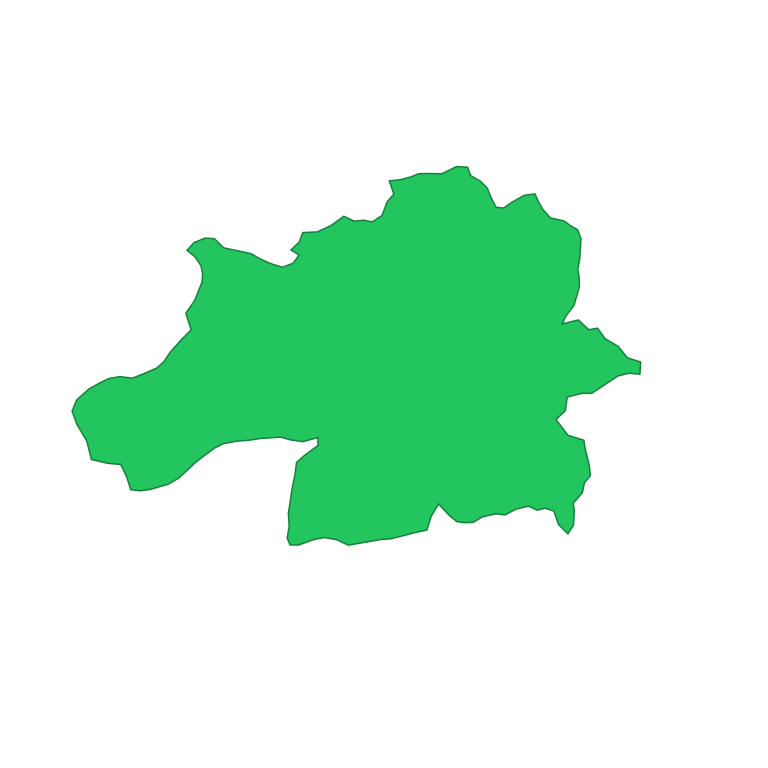 Cássia dos Coqueiros, São Paulo, Brazil, rotated 39°
{"feature_id": "56859067B80164547414352", "entity_name": "Cássia dos Coqueiros", "entity_type": "district", "adm_level": 2, "iso_a3": "BRA", "parent_name": "Brazil", "parent_adm1": "São Paulo", "projection": "natural_earth1", "projection_center": [-47.145, -21.267], "detail": "fine", "context": "isolated", "style": "filled", "palette": "green", "viewbox_px": 768, "rotation_deg": 39, "n_neighbors": 0, "source": "geoboundaries", "source_scale": "gbopen_adm2", "svg_char_len": 2114}
<svg xmlns="http://www.w3.org/2000/svg" viewBox="0 0 768 768"><g transform="rotate(39 384 384)"><path d="M437.3,142.3L429.3,143.6L421.0,144.1L408.9,150.2L397.1,148.3L388.3,144.7L381.7,141.2L374.2,149.2L369.1,162.0L366.3,171.9L359.9,176.1L350.2,171.9L341.0,166.8L331.6,165.7L320.1,167.5L312.6,162.9L303.6,169.3L296.5,184.4L287.1,191.6L278.4,198.9L274.5,206.3L268.1,214.9L260.3,222.8L272.1,230.2L271.8,240.6L276.4,254.1L272.9,265.4L265.0,269.6L258.4,276.2L247.2,278.9L242.9,294.8L236.3,307.9L225.6,317.4L228.8,327.1L227.3,338.4L236.8,337.1L237.4,347.3L231.6,357.2L219.8,361.9L209.2,364.7L198.4,366.5L181.8,374.9L173.7,379.1L160.7,377.8L153.1,383.3L147.3,393.7L146.8,404.1L157.4,404.1L167.4,407.3L173.7,412.5L178.5,419.4L184.3,438.2L185.5,453.7L192.3,458.2L200.0,463.3L198.6,477.4L197.8,493.8L198.9,505.1L197.4,514.4L190.9,527.0L184.8,537.8L174.0,544.5L166.5,553.3L162.2,562.6L157.9,573.3L155.2,589.7L158.7,601.4L170.5,608.5L189.1,615.5L204.1,626.8L218.7,619.8L230.1,612.2L242.3,618.0L253.7,625.5L262.0,620.2L268.6,613.1L273.8,605.6L279.3,597.8L283.6,586.5L285.5,573.9L286.8,564.0L288.7,555.6L292.7,540.3L296.5,531.7L305.6,521.0L314.0,513.1L321.8,504.6L337.2,490.2L346.5,486.3L357.3,479.8L366.3,467.2L371.4,473.4L367.4,488.3L365.4,500.0L371.7,510.2L378.2,522.8L384.9,534.1L391.2,544.9L399.8,554.2L405.6,564.6L412.4,568.2L419.0,562.8L427.7,548.5L434.5,540.7L445.5,534.7L457.7,531.7L472.3,515.0L479.8,506.4L486.4,500.4L493.9,490.5L500.2,481.8L509.2,470.5L503.9,457.0L501.9,442.9L518.0,445.1L527.4,445.1L534.1,440.9L540.4,435.4L543.9,425.6L552.5,414.6L560.5,409.5L565.3,398.2L573.1,388.0L582.5,385.6L587.4,379.1L596.0,375.8L608.1,383.4L621.2,384.7L620.1,374.5L611.8,362.8L606.1,357.7L606.6,343.7L602.0,334.7L602.0,325.3L594.5,317.8L580.9,307.6L574.7,301.9L559.3,308.1L540.0,303.4L541.7,290.6L534.6,278.9L543.7,266.7L551.2,260.7L560.8,230.4L567.6,221.5L576.7,215.3L569.6,205.4L556.7,210.5L542.7,207.4L527.5,209.6L514.8,206.3L509.0,212.9L494.7,212.0L484.6,225.1L482.6,216.7L482.1,203.1L474.6,185.4L468.7,178.4L462.5,173.1L457.2,163.3L445.6,147.1L437.3,142.3Z" fill="#22c55e" stroke="#15803d" stroke-width="1.5"/></g></svg>